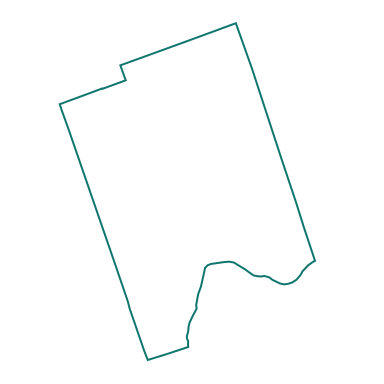 Madison, Illinois, United States of America (Equal Earth projection), rotated 251°
{"feature_id": "52423323B93298735954230", "entity_name": "Madison", "entity_type": "district", "adm_level": 2, "iso_a3": "USA", "parent_name": "United States of America", "parent_adm1": "Illinois", "projection": "equal_earth", "projection_center": [-90.091, 38.828], "detail": "fine", "context": "isolated", "style": "outline", "palette": "teal", "viewbox_px": 384, "rotation_deg": 251, "n_neighbors": 0, "source": "geoboundaries", "source_scale": "gbopen_adm2", "svg_char_len": 920}
<svg xmlns="http://www.w3.org/2000/svg" viewBox="0 0 384 384"><g transform="rotate(251 192 192)"><path d="M102.1,95.1L57.7,95.1L47.6,95.5L47.0,113.9L46.7,138.0L49.2,138.6L52.2,139.8L54.7,139.6L56.0,139.7L57.6,140.4L61.2,142.9L66.1,145.1L69.2,147.1L73.2,151.0L75.1,152.9L80.0,158.2L81.1,158.7L83.1,158.9L84.6,159.6L93.3,164.5L99.7,169.7L116.0,179.7L117.6,182.9L117.8,186.4L115.4,199.0L114.1,204.2L111.8,208.5L101.7,216.9L93.3,222.8L93.2,222.9L91.2,226.2L89.6,229.8L89.1,233.0L86.1,237.3L82.7,239.5L76.7,245.6L74.7,249.0L74.2,251.2L74.1,251.6L73.9,253.5L73.8,257.0L75.0,262.1L78.0,267.3L79.9,269.5L81.0,270.6L84.8,277.8L86.4,283.1L86.9,285.9L124.0,286.3L126.0,286.4L148.5,287.0L195.0,287.4L289.5,288.9L337.3,288.4L337.2,282.3L336.3,239.3L335.1,165.5L319.2,165.7L318.7,140.9L319.1,140.9L318.1,95.6L312.2,95.4L292.8,95.7L146.6,95.8L114.0,95.7L109.5,95.7L102.1,95.1Z" fill="none" stroke="#0f766e" stroke-width="2"/></g></svg>